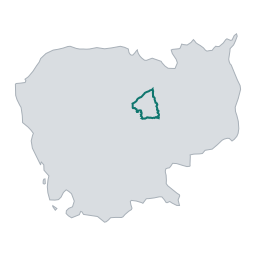 Sandan, Kâmpóng Thum, Cambodia shown in context
{"feature_id": "14789045B38871502259240", "entity_name": "Sandan", "entity_type": "district", "adm_level": 2, "iso_a3": "KHM", "parent_name": "Cambodia", "parent_adm1": "Kâmpóng Thum", "projection": "albers", "projection_center": [105.429, 13.113], "detail": "fine", "context": "in_parent", "style": "outline", "palette": "teal", "viewbox_px": 256, "rotation_deg": 0, "n_neighbors": 0, "source": "geoboundaries", "source_scale": "gbopen_adm2", "svg_char_len": 6429}
<svg xmlns="http://www.w3.org/2000/svg" viewBox="0 0 256 256"><path d="M236.5,33.8L237.2,36.2L235.5,40.8L233.6,44.9L230.1,48.6L229.9,51.2L228.7,59.2L229.2,61.7L230.1,63.9L231.2,65.0L234.4,72.8L237.3,79.8L240.1,85.6L240.6,89.3L238.2,98.6L235.2,107.2L235.5,111.5L236.9,115.7L238.3,121.4L238.8,128.7L238.1,133.4L236.8,136.4L234.2,139.4L232.0,141.0L229.3,138.4L227.1,138.3L224.2,139.1L222.0,140.3L217.3,144.8L212.2,149.1L205.1,150.3L202.4,153.5L199.4,153.9L193.8,154.1L190.1,154.9L190.3,156.5L190.0,164.1L190.1,165.9L189.5,166.3L187.0,166.6L182.6,165.4L176.8,163.6L172.6,163.3L170.5,166.6L169.2,167.9L167.6,168.1L166.0,168.7L165.4,170.2L165.3,172.0L166.1,175.2L166.4,180.2L166.2,183.6L167.8,185.8L176.7,193.0L179.4,194.8L179.7,195.9L178.1,199.9L179.5,205.5L176.7,205.4L172.0,203.0L169.8,201.5L167.1,202.7L166.1,202.5L164.3,199.7L161.9,196.9L159.4,196.8L154.2,197.9L148.9,198.6L146.9,198.6L146.0,199.1L142.9,203.3L141.6,202.6L136.2,201.0L131.3,200.4L130.3,201.5L130.9,204.9L132.0,208.2L131.4,209.6L128.7,211.3L125.1,214.4L122.9,216.9L121.4,217.5L116.0,217.4L110.6,217.7L108.4,220.0L106.3,221.7L104.6,222.2L97.5,216.5L83.5,214.4L82.0,211.9L80.7,211.4L79.3,214.7L71.6,217.8L68.4,215.8L66.1,213.5L66.4,210.7L68.7,208.4L72.5,206.8L74.3,201.1L71.5,193.7L68.9,191.5L66.2,189.8L63.4,192.5L61.0,197.2L58.5,199.6L55.0,200.1L49.8,199.9L47.9,192.8L47.3,186.8L48.0,179.9L48.9,175.9L44.0,170.2L43.8,164.9L41.4,162.1L40.7,163.5L40.7,165.0L40.1,163.9L32.4,148.2L31.2,140.9L32.6,135.3L33.4,133.4L31.2,130.4L28.1,127.1L22.6,122.6L22.3,115.7L21.1,107.5L19.5,104.7L17.0,99.6L15.7,95.4L15.4,84.4L16.1,83.5L20.0,83.2L25.1,82.5L25.9,80.7L25.0,79.2L28.3,76.8L32.9,71.4L36.6,65.7L39.2,62.1L40.7,58.5L46.0,53.5L53.2,50.1L58.0,49.3L63.1,48.1L67.9,46.5L70.2,46.3L76.2,48.4L79.4,49.0L82.9,49.0L86.4,49.2L89.5,49.0L96.8,47.6L104.6,48.8L111.6,47.9L120.3,46.3L124.5,47.3L128.3,49.0L128.9,52.3L129.8,53.9L131.1,55.1L132.8,55.1L135.0,52.7L136.8,50.3L137.4,49.9L137.5,51.1L138.4,53.7L140.1,56.3L141.7,58.0L144.5,60.2L146.3,60.4L152.2,58.2L161.1,61.3L162.1,62.9L165.0,66.1L168.1,68.3L175.0,68.5L177.4,62.9L176.2,59.4L172.3,53.5L171.2,50.0L172.5,49.4L179.1,48.7L180.2,48.0L181.7,44.1L183.5,44.6L187.2,45.0L191.1,42.4L193.4,39.6L194.6,40.9L196.0,42.8L197.5,43.9L200.4,45.6L203.5,47.9L205.4,50.2L206.9,51.1L210.9,50.4L212.0,50.5L214.2,47.7L215.8,46.2L217.2,46.6L219.2,46.5L223.3,43.0L225.7,39.7L226.9,38.8L230.6,40.4L232.1,40.0L234.2,35.6L236.5,33.8ZM45.3,183.5L44.6,184.0L43.8,183.9L43.1,183.3L43.2,180.8L43.8,179.2L45.0,178.9L45.3,183.5ZM56.9,208.5L55.3,210.2L52.8,206.6L52.8,205.7L56.9,208.5Z" fill="#d9dde1" stroke="#a8b0b8" stroke-width="1"/><path d="M132.9,108.1L133.4,108.1L134.0,108.1L134.8,108.0L135.1,108.2L135.2,108.4L135.3,108.6L135.5,108.7L135.6,108.9L135.8,109.0L136.0,109.2L136.3,109.2L136.3,109.3L136.4,109.5L136.5,109.6L136.5,109.8L136.6,110.0L136.9,110.3L137.0,110.3L137.1,110.5L137.3,110.8L137.2,111.0L137.1,110.9L137.1,111.0L136.9,111.2L136.8,111.4L137.0,111.5L137.1,111.8L137.1,112.0L137.3,112.0L137.2,111.8L137.2,111.7L137.3,111.4L137.5,111.3L137.6,111.2L137.9,111.2L137.9,111.3L138.1,111.2L138.3,110.9L138.2,110.8L138.5,110.7L139.0,110.4L139.6,110.4L140.0,110.4L140.3,110.4L140.7,110.4L140.9,110.5L141.0,110.7L141.1,111.0L141.2,111.4L141.2,111.6L141.1,112.0L140.9,112.3L141.0,112.4L141.3,112.4L141.5,112.5L141.6,113.1L141.6,113.7L141.4,114.3L141.3,114.5L141.0,114.7L141.1,114.8L141.3,115.0L141.3,115.3L141.3,115.6L141.0,116.1L141.5,116.5L142.0,117.1L142.1,117.6L142.2,118.2L142.2,118.4L142.0,118.5L142.4,118.7L142.6,118.5L142.9,118.5L143.0,118.5L143.3,118.6L143.5,118.5L143.9,118.6L144.1,118.6L144.3,118.5L144.7,118.6L144.9,118.6L145.1,118.5L145.3,118.5L145.4,118.4L145.7,118.3L145.9,118.2L146.2,118.1L146.4,117.9L146.5,117.9L147.0,117.5L147.1,117.4L147.3,117.6L147.5,117.6L147.9,117.6L148.2,117.6L148.6,117.5L148.9,117.7L149.0,117.8L149.3,117.8L149.5,117.8L149.6,117.7L149.8,117.7L149.9,117.8L150.0,117.8L150.4,117.8L150.6,117.8L150.8,117.8L150.9,117.7L151.1,117.8L151.3,117.8L151.5,117.8L151.8,118.0L152.0,118.0L152.3,118.0L152.5,118.1L152.8,118.0L153.0,117.9L153.4,117.8L153.5,117.8L153.8,117.7L154.0,117.7L154.3,117.7L154.4,117.8L154.5,117.7L154.8,117.8L155.0,117.7L155.3,117.6L155.5,117.6L155.7,117.4L155.9,117.3L156.0,117.3L156.0,117.2L156.3,117.2L156.4,117.3L156.7,117.1L156.8,117.3L156.9,117.2L157.1,117.3L157.2,117.2L157.4,117.3L157.5,117.4L157.6,117.5L157.6,117.8L158.0,118.0L158.3,118.0L158.6,118.1L158.6,117.8L158.6,117.7L158.6,117.4L158.8,117.2L158.6,116.8L158.4,116.7L158.2,116.4L158.2,116.2L158.3,116.2L158.5,116.0L158.6,115.9L158.8,115.6L158.9,115.3L159.0,115.0L159.0,114.8L158.9,114.4L158.8,114.2L158.6,113.8L158.5,113.4L158.4,113.3L157.8,113.1L157.7,113.0L157.5,112.4L157.5,112.2L157.8,112.0L158.1,111.8L158.2,111.5L158.4,111.2L158.5,111.1L158.5,110.9L158.4,110.8L158.2,110.6L157.8,110.2L157.6,110.2L157.3,110.1L157.0,109.7L157.0,109.4L157.3,108.9L157.3,108.6L157.1,108.2L157.0,107.6L156.7,106.7L156.5,106.3L156.5,106.2L156.8,105.7L156.7,105.7L156.8,105.5L156.9,105.4L156.9,105.2L157.0,104.9L157.1,104.7L157.2,104.4L157.2,104.2L157.1,103.9L156.8,103.7L156.8,103.4L156.7,103.2L156.4,103.1L156.2,103.0L156.0,102.8L155.8,102.7L155.7,102.7L155.7,102.4L155.4,102.2L155.2,101.8L155.2,101.3L155.1,100.9L155.0,100.5L154.6,99.7L154.6,99.4L154.6,99.1L154.7,98.8L154.7,98.4L154.6,97.9L153.8,97.0L153.0,96.7L153.0,96.4L153.0,96.1L153.1,95.9L153.0,95.7L153.1,95.4L153.0,95.2L153.0,94.9L153.0,94.7L153.0,94.3L152.9,94.0L152.9,93.9L153.0,93.8L153.0,93.7L153.0,93.2L152.8,92.8L152.8,92.7L153.0,92.4L153.0,92.2L153.1,91.8L153.0,91.6L153.1,91.4L153.1,90.9L152.9,90.6L152.8,90.4L152.8,90.1L152.8,89.8L152.8,89.7L152.5,89.4L152.5,89.2L152.3,89.4L152.2,89.6L151.9,89.9L150.8,90.2L150.7,90.2L150.0,90.4L149.9,90.5L149.5,90.8L149.0,91.1L148.7,91.3L148.4,91.4L148.0,91.5L147.6,91.7L147.2,91.8L146.6,92.0L146.1,92.3L145.2,92.7L144.9,92.9L144.6,93.2L144.4,93.6L144.3,93.8L144.0,94.0L143.8,94.3L143.3,94.7L143.2,94.9L142.9,95.3L142.6,95.6L142.3,95.9L141.6,96.7L141.4,96.9L141.3,97.0L141.1,97.1L140.1,97.5L140.0,97.4L139.7,97.6L139.3,97.8L139.2,97.8L138.9,98.1L138.6,98.2L137.7,98.8L137.5,99.1L137.3,99.4L137.1,99.6L136.9,100.1L136.9,100.3L136.7,100.6L136.4,101.0L136.2,101.3L135.6,101.7L135.2,102.0L134.9,102.3L134.7,102.4L133.9,102.9L133.3,103.2L133.0,103.3L132.5,103.6L132.7,104.4L132.7,105.0L132.7,105.6L132.7,106.0L132.7,106.4L132.7,106.8L132.7,107.0L132.7,107.4L132.7,107.6L132.8,108.0L132.9,108.1Z" fill="none" stroke="#0f766e" stroke-width="2"/></svg>